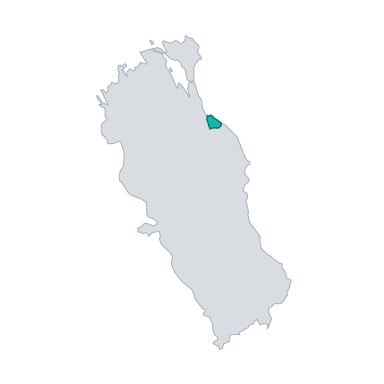 Zinguldak on a map of Turkey (Mercator projection), rotated 66°
{"feature_id": "TUR-3010", "entity_name": "Zinguldak", "entity_type": "Province", "adm_level": 1, "iso_a3": "TUR", "parent_name": "Turkey", "parent_adm1": "", "projection": "mercator", "projection_center": [31.729, 41.309], "detail": "fine", "context": "in_parent", "style": "filled", "palette": "teal", "viewbox_px": 384, "rotation_deg": 66, "n_neighbors": 0, "source": "natural_earth", "source_scale": "10m", "svg_char_len": 4145}
<svg xmlns="http://www.w3.org/2000/svg" viewBox="0 0 384 384"><g transform="rotate(66 192 192)"><path d="M294.0,139.0L299.1,140.8L300.7,139.5L305.4,139.7L309.5,140.7L311.8,137.7L314.7,138.0L315.3,139.5L316.7,140.1L321.0,144.0L320.5,144.5L321.5,145.9L325.2,146.8L325.6,148.8L328.5,151.7L329.9,156.2L329.1,159.3L327.5,161.3L329.7,168.0L329.0,168.9L333.5,171.1L339.2,170.7L341.0,171.7L346.4,177.0L347.8,179.0L344.0,176.5L341.9,178.6L340.8,183.8L334.8,184.7L335.7,188.1L337.4,189.6L336.8,192.8L337.2,194.0L338.9,196.1L338.6,198.9L339.3,201.9L339.3,205.5L341.8,206.5L340.7,208.2L337.9,215.3L338.1,215.9L339.9,216.1L344.1,219.4L343.3,220.5L343.8,225.1L347.4,228.0L346.8,229.5L346.9,231.1L344.3,230.4L339.0,234.4L338.5,234.3L337.7,232.9L337.6,228.9L336.3,227.8L334.7,227.6L331.8,229.4L329.2,229.3L326.6,229.0L319.7,226.5L317.2,227.3L314.5,226.4L309.3,231.3L307.8,231.7L307.0,229.3L305.2,227.9L302.9,229.8L294.0,232.1L290.0,232.5L285.0,231.7L280.9,232.0L269.7,237.5L258.9,240.4L249.3,240.2L244.1,236.8L240.0,236.0L227.7,241.2L221.7,241.0L219.6,238.9L215.0,238.0L214.0,240.0L213.1,245.0L214.7,249.5L212.1,249.7L210.4,250.7L210.0,254.1L207.6,255.4L206.8,257.5L206.4,257.6L202.6,255.9L203.6,254.2L201.2,248.0L202.4,246.0L207.4,240.9L207.2,237.9L205.1,235.8L198.8,239.6L198.2,241.0L196.8,242.1L194.4,242.6L183.2,237.7L176.7,242.0L171.0,248.2L166.8,250.5L154.4,252.3L152.2,253.5L147.9,252.2L145.4,250.5L139.6,243.4L128.7,238.0L117.2,236.7L116.2,238.1L115.8,243.6L114.0,248.8L113.0,249.3L110.5,248.0L101.6,251.0L94.1,247.7L92.8,246.2L91.1,240.2L89.9,239.7L88.7,240.6L87.5,240.6L82.0,237.9L79.1,237.8L77.4,240.3L74.5,241.4L74.4,240.7L75.5,239.0L71.0,239.3L68.6,240.6L65.3,239.8L65.5,239.1L68.2,238.3L74.3,237.4L78.1,233.4L63.6,233.6L62.2,234.4L62.0,232.3L62.8,231.4L66.6,230.6L66.4,228.9L64.0,227.0L61.5,226.0L60.3,221.6L59.0,220.5L59.2,219.9L61.6,219.1L62.0,215.9L61.7,213.9L57.0,212.2L55.9,212.3L54.8,210.6L52.7,209.4L51.1,210.4L46.4,207.7L47.2,205.8L48.4,205.8L48.6,204.3L47.7,201.8L47.8,200.5L48.8,200.2L50.0,200.4L51.2,201.9L51.3,204.8L52.6,206.5L53.5,204.8L55.6,205.7L59.5,204.8L60.2,204.1L57.4,204.2L56.4,203.5L54.1,198.7L56.4,197.3L58.1,195.0L54.9,193.5L55.5,190.2L52.7,186.5L56.5,181.8L56.3,181.1L55.1,180.8L43.5,182.8L43.3,180.7L44.2,178.9L44.1,174.3L44.6,171.8L46.7,171.0L49.4,167.4L53.6,163.1L58.1,163.1L59.9,161.9L62.5,161.9L63.3,163.6L65.6,164.8L69.7,164.6L71.7,163.4L69.8,161.3L72.1,160.6L74.0,161.1L73.0,163.5L73.6,163.7L78.9,163.0L84.4,163.6L90.6,163.3L91.3,162.5L87.0,160.2L89.8,158.1L91.3,157.7L104.2,155.8L104.3,155.3L96.4,154.3L92.3,151.5L91.2,150.0L92.0,146.4L92.8,145.4L95.7,145.3L105.4,146.9L112.3,145.9L119.9,148.4L127.1,147.9L128.6,146.8L130.4,143.3L140.6,137.4L144.2,134.4L160.1,128.4L184.0,129.4L188.2,127.1L190.6,127.9L189.9,129.4L190.0,130.8L192.9,134.4L197.1,136.5L203.0,134.7L205.2,135.4L207.2,141.0L210.9,144.3L212.6,144.5L214.8,142.6L217.0,142.3L220.5,144.2L221.7,146.2L233.0,148.5L235.4,150.1L243.0,151.8L260.1,147.9L266.3,150.6L271.5,151.4L273.7,151.0L280.6,147.9L282.7,146.1L287.0,144.5L292.4,141.0L294.0,139.0ZM74.4,129.1L74.0,131.6L75.0,134.4L77.4,138.2L79.8,140.1L91.4,145.2L89.7,150.0L86.9,150.7L77.0,148.4L73.0,150.4L70.1,149.9L66.0,150.8L64.9,153.6L62.1,156.9L54.2,161.0L47.0,169.0L44.9,170.0L45.9,167.3L45.8,164.9L48.9,162.1L53.4,160.0L54.5,158.2L43.3,158.5L42.3,156.1L43.4,155.6L47.0,151.2L47.4,149.4L47.0,145.0L51.4,142.5L51.8,141.5L51.1,137.2L46.9,134.7L47.0,133.4L50.0,132.3L51.6,129.2L56.0,128.6L58.1,127.2L61.9,126.4L66.6,130.2L72.2,128.8L74.4,129.1ZM41.1,168.7L37.4,169.3L36.2,168.7L37.4,167.4L40.3,166.5L41.3,167.8L41.1,168.7Z" fill="#d9dde1" stroke="#a8b0b8" stroke-width="1"/><path d="M128.6,146.9L129.1,146.4L129.4,146.1L129.5,145.8L129.6,145.5L129.6,145.0L129.6,144.8L129.8,144.4L129.8,144.1L129.7,144.0L129.4,143.8L129.4,143.6L129.5,143.3L129.9,143.2L130.6,143.2L131.0,142.7L133.7,141.6L137.2,139.3L139.1,138.3L139.7,137.8L139.9,137.7L141.4,137.2L142.3,138.1L143.3,138.6L143.6,139.7L144.2,141.2L143.9,143.0L143.1,144.3L142.5,145.0L142.2,146.1L141.7,147.8L141.7,149.8L138.2,149.7L137.2,149.4L136.0,149.3L132.0,148.9L129.2,147.5L128.6,146.9Z" fill="#14b8a6" stroke="#0f766e" stroke-width="1.5"/></g></svg>